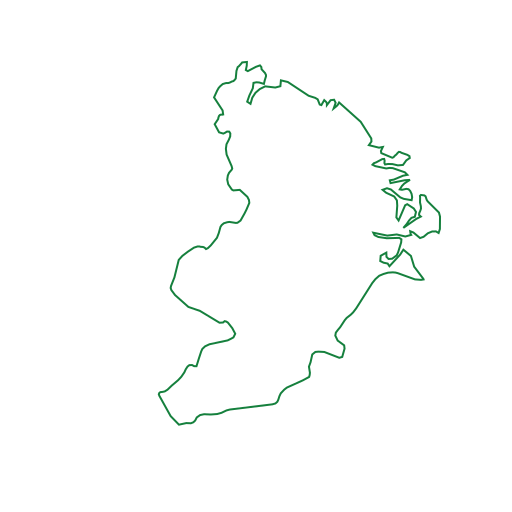 an SVG outline of Vest-Agder, rotated 222°
{"feature_id": "NOR-916", "entity_name": "Vest-Agder", "entity_type": "County", "adm_level": 1, "iso_a3": "NOR", "parent_name": "Norway", "parent_adm1": "", "projection": "orthographic", "projection_center": [7.224, 58.601], "detail": "fine", "context": "isolated", "style": "outline", "palette": "green", "viewbox_px": 512, "rotation_deg": 222, "n_neighbors": 0, "source": "natural_earth", "source_scale": "10m", "svg_char_len": 4340}
<svg xmlns="http://www.w3.org/2000/svg" viewBox="0 0 512 512"><g transform="rotate(222 256 256)"><path d="M396.0,384.1L395.7,385.7L395.7,389.0L395.8,390.6L392.6,394.1L390.2,391.2L388.0,387.4L385.8,387.9L382.6,396.6L380.6,400.3L378.5,400.0L376.8,398.5L371.7,398.0L369.7,397.2L368.8,396.2L367.0,392.3L365.3,389.2L369.7,387.1L371.9,385.4L373.7,383.0L370.6,378.5L368.3,370.8L365.8,364.8L361.9,365.4L364.7,371.2L365.6,376.9L364.9,382.6L362.7,388.2L354.4,394.1L351.5,398.5L355.0,403.2L348.8,406.6L324.1,410.3L317.9,413.1L315.0,413.7L310.0,411.2L308.4,411.9L309.6,417.5L306.8,417.4L305.5,416.9L304.3,415.6L304.8,421.7L302.5,424.4L299.3,423.1L297.0,417.6L296.4,421.5L296.4,423.2L297.0,425.7L268.0,425.8L249.0,420.5L246.8,418.3L246.3,413.9L237.1,418.8L234.7,421.9L233.4,417.6L231.7,416.3L220.5,420.2L219.9,421.4L219.9,422.8L219.9,423.7L219.6,425.2L219.7,427.3L219.5,429.0L218.3,429.8L217.0,430.0L211.3,432.4L208.8,432.9L207.3,431.7L208.3,427.6L207.7,422.0L211.2,418.3L216.1,415.6L219.4,412.8L221.3,410.4L222.8,411.0L224.2,412.9L225.7,413.9L227.0,412.5L229.4,405.9L230.5,403.8L230.5,401.8L227.5,402.6L217.8,408.2L215.7,410.8L213.2,412.8L201.4,417.8L197.8,417.6L200.5,414.0L204.7,405.0L207.2,401.8L204.8,400.2L196.1,411.9L192.5,415.6L193.5,412.2L194.3,409.0L194.4,405.7L193.7,401.7L191.8,402.9L189.2,406.5L187.3,407.7L184.9,407.5L182.0,406.3L179.3,404.2L177.7,401.6L184.5,397.3L188.0,396.1L200.2,395.7L204.0,394.0L206.2,389.9L201.6,390.1L193.1,392.7L188.5,391.6L184.7,387.9L177.5,378.6L173.8,377.8L179.1,393.5L178.3,395.7L170.5,396.9L166.6,395.8L164.2,391.4L166.0,388.4L166.0,384.8L165.4,380.5L165.3,375.5L161.7,390.9L159.9,395.6L162.3,395.6L163.4,397.1L164.1,399.3L165.1,401.6L166.8,403.3L169.9,405.5L173.1,409.2L174.4,410.4L174.3,411.7L171.4,413.7L169.9,413.8L166.8,412.0L165.1,411.5L149.1,410.7L145.6,408.4L137.4,399.1L135.7,395.3L138.7,394.7L141.5,392.1L143.5,387.9L144.3,382.4L146.1,379.1L154.7,378.8L158.0,377.6L155.8,375.8L154.8,375.5L158.1,370.4L165.8,366.2L172.1,359.0L184.4,351.8L181.8,350.8L177.8,352.0L170.7,356.7L161.7,365.3L159.1,365.7L157.2,363.2L152.8,353.7L151.9,350.6L153.0,345.1L155.5,342.5L158.5,342.7L161.4,345.7L163.5,339.6L160.3,335.4L156.7,336.4L153.1,338.5L150.0,337.7L149.8,353.5L150.7,359.3L140.9,359.7L131.3,353.9L116.3,351.0L115.8,350.7L117.4,348.7L122.2,345.0L139.2,338.1L141.3,337.0L143.4,335.4L146.7,332.0L149.2,328.0L151.2,323.8L151.8,318.7L151.5,313.7L146.5,284.1L146.1,279.1L146.3,275.8L147.2,270.7L147.1,267.8L145.8,259.3L145.7,256.0L145.4,252.5L143.8,249.9L138.7,247.8L130.7,248.6L128.2,246.4L124.4,238.7L126.0,236.1L141.0,230.4L145.6,226.7L147.7,224.4L148.3,220.5L144.4,213.6L142.6,209.2L137.8,205.3L136.5,203.5L135.6,201.7L138.0,194.9L145.0,178.9L145.6,175.6L145.7,170.5L144.8,167.5L143.3,164.2L142.6,161.9L142.9,159.4L144.6,156.7L172.7,124.4L174.6,121.5L176.7,116.4L179.1,112.6L183.6,107.9L188.7,103.7L191.1,100.4L192.0,96.4L191.1,93.0L191.3,90.5L192.5,88.1L196.0,85.2L200.4,79.1L212.3,79.9L234.2,87.4L235.7,88.2L236.2,89.4L236.0,90.8L234.5,92.5L233.2,94.3L232.3,97.5L231.9,103.3L230.8,111.5L230.7,116.3L231.4,121.6L232.4,124.8L232.9,128.0L232.5,130.3L230.5,132.2L228.3,132.7L226.5,134.3L230.0,141.9L232.9,148.5L233.7,151.1L233.4,154.8L231.5,159.3L220.6,174.3L219.2,177.8L218.3,180.4L219.4,184.3L225.3,186.5L232.3,187.7L234.2,187.4L235.7,186.6L236.0,184.5L238.5,182.0L260.9,177.7L272.2,172.9L290.0,172.8L296.0,174.0L298.0,175.1L299.1,176.9L302.3,185.5L310.8,201.4L310.8,206.8L309.5,213.7L307.7,220.7L305.8,224.0L304.5,225.2L303.4,225.7L301.5,227.2L300.6,227.6L299.5,227.8L297.8,227.7L297.0,229.7L296.7,233.6L297.2,243.4L299.0,248.1L301.9,253.9L302.2,256.1L301.8,258.8L300.0,261.8L298.6,263.5L293.1,267.1L292.0,268.3L291.2,272.0L293.0,280.0L294.2,284.3L296.5,291.0L298.7,292.9L302.0,294.2L312.3,294.3L316.7,289.6L318.4,289.2L324.6,290.7L328.5,293.5L330.8,297.0L331.7,299.8L331.8,303.9L332.2,305.1L334.3,306.5L345.7,311.7L350.1,315.5L352.7,319.3L354.0,324.3L355.2,327.6L357.1,329.9L359.1,330.5L360.8,329.1L361.5,326.7L362.2,325.1L366.2,323.2L374.9,326.3L375.5,330.6L375.8,332.6L376.5,333.6L377.2,335.3L377.2,336.6L376.6,337.7L375.7,338.4L375.1,339.2L378.2,341.8L393.3,345.8L395.5,352.8L396.2,355.9L396.2,358.2L395.8,361.5L394.3,364.0L393.4,365.1L392.7,365.6L392.2,366.2L391.5,367.4L390.7,369.5L389.8,370.9L389.7,372.8L389.8,374.3L394.4,380.5L396.0,384.1Z" fill="none" stroke="#15803d" stroke-width="2"/></g></svg>